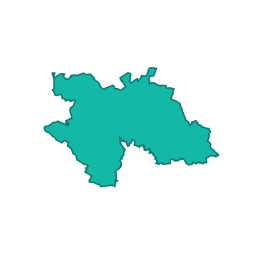 Surduc, Salaj, Romania, rotated 28°
{"feature_id": "2599482B26671211995653", "entity_name": "Surduc", "entity_type": "district", "adm_level": 2, "iso_a3": "ROU", "parent_name": "Romania", "parent_adm1": "Salaj", "projection": "orthographic", "projection_center": [23.382, 47.244], "detail": "fine", "context": "isolated", "style": "filled", "palette": "teal", "viewbox_px": 256, "rotation_deg": 28, "n_neighbors": 0, "source": "geoboundaries", "source_scale": "gbopen_adm2", "svg_char_len": 5901}
<svg xmlns="http://www.w3.org/2000/svg" viewBox="0 0 256 256"><g transform="rotate(28 128 128)"><path d="M143.8,185.8L143.4,185.2L143.3,183.3L141.8,180.7L143.5,180.0L143.4,179.4L141.9,179.8L139.9,175.2L138.2,172.9L137.5,173.2L137.3,173.0L137.3,172.3L137.1,171.7L139.2,168.0L139.9,164.7L139.7,164.3L139.1,163.6L138.8,162.6L137.0,160.8L136.0,160.4L136.5,158.8L137.3,157.8L135.6,157.5L136.6,156.1L136.8,155.5L136.7,153.2L135.9,152.6L136.0,151.7L135.5,150.6L135.9,149.2L134.7,147.8L132.5,147.5L132.0,146.8L129.1,145.3L128.0,144.3L127.8,143.7L127.5,144.0L126.5,142.8L126.6,142.3L124.9,140.1L125.9,140.4L126.2,140.0L126.6,139.9L127.0,141.2L129.0,142.3L130.0,141.9L130.1,141.1L130.7,141.7L131.2,141.6L132.3,140.6L132.7,141.3L133.4,141.5L134.7,142.8L135.2,142.5L135.1,143.3L135.6,143.4L136.4,144.2L137.1,143.4L137.3,142.9L136.9,140.5L137.6,139.9L138.0,139.0L137.1,136.5L139.0,136.1L139.3,136.5L140.2,136.7L140.6,137.1L141.3,139.4L141.7,139.2L141.8,140.1L142.7,139.8L145.9,139.6L146.2,139.2L146.3,138.4L147.2,139.3L147.3,138.2L147.8,137.9L147.8,137.5L148.1,137.5L148.2,136.5L149.1,136.8L149.2,136.3L149.9,135.8L150.7,136.1L150.9,137.6L151.6,137.9L151.3,138.1L152.2,138.3L152.2,139.0L152.5,139.1L152.6,139.7L153.3,139.7L153.5,139.3L154.1,139.6L155.0,138.8L155.0,138.0L156.4,136.3L156.7,137.4L157.1,137.0L157.7,137.1L157.9,138.3L158.5,139.4L158.6,140.3L159.0,140.1L159.3,138.9L159.9,138.2L160.9,139.0L161.4,139.0L161.8,138.7L161.9,139.2L162.8,139.5L162.9,139.9L163.3,139.7L163.8,140.1L164.2,139.8L165.4,141.0L166.0,140.8L166.0,141.3L166.4,141.8L166.4,142.5L167.1,141.9L168.4,143.2L169.1,143.7L169.6,143.6L169.7,143.9L169.3,144.3L169.5,145.1L169.8,145.2L169.5,145.9L170.2,145.6L171.0,145.9L171.6,145.4L172.3,145.5L172.2,144.8L173.6,143.4L174.3,143.0L175.4,143.6L176.6,143.3L176.7,142.9L178.1,142.3L180.1,140.6L181.2,140.1L181.7,139.4L182.0,139.3L181.2,138.4L180.9,137.4L180.3,136.7L180.5,135.2L181.6,134.9L183.7,134.9L183.6,134.3L184.6,134.9L185.8,134.7L185.8,133.8L186.7,133.8L187.0,133.1L187.8,133.0L188.2,132.3L188.6,130.2L189.0,129.8L189.5,130.4L190.0,130.6L190.9,129.3L191.6,129.3L193.3,130.0L196.0,132.0L198.8,132.0L199.5,131.8L199.8,131.2L201.5,130.1L202.0,129.0L201.4,127.7L202.3,127.9L203.4,127.3L204.8,127.8L205.5,126.1L206.5,125.4L206.5,124.9L207.0,124.1L207.9,124.2L207.9,124.9L208.4,124.5L210.0,124.7L211.1,124.2L211.3,123.3L211.7,123.0L211.6,122.6L212.4,122.6L213.6,121.3L213.2,121.0L213.0,120.5L210.9,117.7L211.9,116.5L212.1,116.7L212.5,116.3L213.8,113.6L216.1,112.7L218.8,112.0L219.2,112.1L219.6,111.3L219.5,110.7L219.9,109.9L220.4,110.1L220.6,109.8L219.9,108.8L217.8,108.5L217.0,108.7L216.4,108.3L215.5,108.2L214.0,107.2L211.8,107.2L209.7,106.3L208.9,104.9L208.8,103.6L208.5,103.2L206.3,102.5L204.3,102.1L204.2,99.4L203.1,96.3L202.1,95.5L202.5,93.1L202.4,92.3L200.5,91.4L199.5,90.5L198.8,91.0L195.9,91.7L194.3,91.8L192.9,92.6L192.4,92.3L192.2,91.8L191.6,91.6L189.6,91.7L188.8,92.3L188.0,91.7L187.2,91.6L187.1,90.9L186.7,91.2L186.7,90.7L184.4,89.6L184.0,89.9L183.7,90.9L181.4,92.9L181.9,93.7L182.5,94.2L181.8,94.7L181.9,95.3L181.4,96.2L180.7,96.4L179.9,96.0L179.7,95.1L178.2,94.2L175.4,94.1L174.7,93.5L174.4,92.6L174.0,92.3L173.2,92.3L172.3,91.0L170.9,90.3L170.2,89.0L169.2,88.5L167.7,87.3L167.0,86.2L166.0,85.2L165.2,85.2L164.7,84.3L163.8,83.9L162.7,82.4L162.0,81.9L158.6,81.9L157.6,81.5L156.0,82.0L155.1,81.9L153.9,82.5L152.0,81.9L151.8,81.6L152.2,80.7L151.6,78.7L151.7,76.6L150.3,74.2L150.4,73.4L150.2,72.0L149.2,72.3L148.1,72.2L147.3,72.9L146.1,72.8L144.0,74.5L142.8,74.4L141.9,73.4L141.8,72.9L139.9,73.5L138.3,74.5L137.6,74.4L136.8,75.5L136.9,75.8L132.7,76.2L132.4,75.8L128.9,76.3L126.6,77.6L126.1,78.9L125.3,77.4L125.3,77.1L124.7,76.8L124.7,76.5L124.2,76.3L123.6,75.4L123.4,73.4L122.9,72.3L123.3,71.7L126.2,69.9L125.2,62.2L121.1,63.5L119.7,64.2L119.0,65.0L118.7,66.6L119.8,71.7L119.5,73.3L119.1,73.9L117.4,74.7L115.4,75.2L115.7,76.2L115.5,77.8L115.7,78.3L114.8,81.9L114.7,82.1L113.7,80.7L112.9,80.2L109.5,87.0L107.5,86.0L107.6,85.4L106.2,82.5L105.8,80.6L104.9,79.0L104.5,78.8L102.0,79.4L97.5,87.6L98.8,88.8L100.6,89.7L100.7,89.3L106.6,92.7L103.9,98.0L100.2,98.4L97.7,99.3L95.5,97.4L94.3,97.6L93.4,98.9L90.6,102.0L90.2,102.9L89.4,103.1L89.6,104.7L86.5,105.2L83.9,104.1L81.7,102.2L80.6,101.8L75.3,101.0L75.1,100.4L74.4,100.5L73.9,99.4L72.1,98.9L71.4,99.0L70.5,98.3L68.9,98.4L65.9,100.5L63.3,100.3L60.2,103.4L59.8,104.3L59.3,104.7L57.6,106.0L56.0,106.1L53.7,108.0L52.8,109.1L53.3,109.8L53.6,109.7L52.0,113.1L51.0,113.8L50.3,114.1L50.3,113.7L46.8,112.9L46.6,111.8L46.8,110.3L44.3,111.0L42.9,112.0L39.8,117.6L38.8,117.8L37.8,116.6L37.7,116.1L38.1,115.8L37.6,113.9L35.4,114.9L35.9,115.8L39.7,119.5L42.5,124.7L43.2,126.4L44.2,127.3L44.1,128.5L43.4,129.8L45.8,131.1L48.1,133.1L49.5,133.0L52.8,129.8L54.2,130.6L55.9,132.5L56.7,132.7L58.8,131.9L59.9,133.4L63.3,130.4L64.5,131.6L67.9,128.3L68.9,129.3L69.2,133.5L69.0,135.5L68.6,136.1L68.2,136.4L67.9,137.0L68.1,138.9L69.0,140.5L72.7,144.0L74.0,146.3L73.3,146.7L72.6,146.6L72.6,147.1L71.3,149.0L69.8,150.6L70.0,151.7L71.5,151.5L72.9,151.9L74.1,151.8L71.2,152.3L71.2,153.8L74.4,153.2L74.5,153.5L71.2,154.2L62.7,154.9L62.1,156.5L58.8,158.8L58.8,160.2L56.9,163.0L56.6,163.9L54.8,164.8L53.8,166.5L54.3,167.6L56.1,169.2L57.6,169.6L59.9,169.3L63.1,169.7L65.4,170.9L66.6,170.6L68.4,170.9L70.0,172.1L76.8,172.1L77.6,168.7L80.7,168.9L82.4,168.5L82.5,170.9L83.1,172.2L84.9,172.2L86.4,172.6L86.3,172.9L88.0,173.1L91.6,176.5L94.7,176.3L96.5,178.6L97.8,179.7L97.9,180.0L106.3,180.6L109.3,179.9L110.3,180.0L110.3,180.7L110.8,180.7L109.5,183.2L110.9,183.4L110.6,184.7L110.7,186.8L111.6,187.1L118.3,187.3L118.6,187.6L118.8,188.6L118.4,188.8L118.4,189.3L118.8,189.8L118.6,190.2L118.3,192.5L118.5,192.9L119.4,193.3L119.4,193.8L120.7,193.5L122.7,192.3L123.9,192.0L125.4,192.3L126.2,191.9L128.1,191.9L128.8,191.6L129.2,191.0L131.4,192.5L136.2,189.2L136.6,188.5L138.1,188.1L139.9,186.5L141.5,185.8L143.8,185.8Z" fill="#14b8a6" stroke="#0f766e" stroke-width="1.5"/></g></svg>